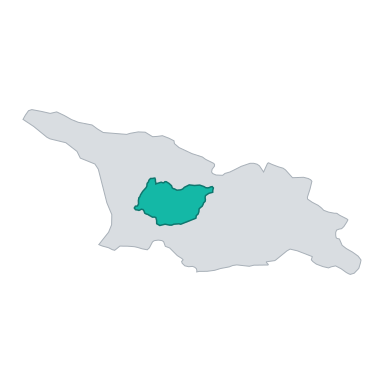 where Imereti sits in Georgia
{"feature_id": "GEO-3030", "entity_name": "Imereti", "entity_type": "Region", "adm_level": 1, "iso_a3": "GEO", "parent_name": "Georgia", "parent_adm1": "", "projection": "equal_earth", "projection_center": [42.964, 42.165], "detail": "fine", "context": "in_parent", "style": "filled", "palette": "teal", "viewbox_px": 384, "rotation_deg": 0, "n_neighbors": 0, "source": "natural_earth", "source_scale": "10m", "svg_char_len": 3281}
<svg xmlns="http://www.w3.org/2000/svg" viewBox="0 0 384 384"><path d="M196.7,271.9L196.9,270.7L196.4,268.7L194.8,267.3L192.6,266.4L188.6,266.7L184.8,265.8L182.2,263.3L181.6,261.4L183.1,259.9L182.0,258.6L177.3,255.6L169.7,248.0L165.3,246.3L163.6,241.6L161.9,240.6L158.3,240.1L154.5,240.6L153.6,241.1L152.5,241.9L149.4,247.8L147.3,249.8L142.1,248.8L137.9,247.5L134.4,246.7L127.6,246.2L119.9,246.1L114.7,250.3L112.4,249.7L108.5,247.7L102.2,246.0L98.8,244.6L108.6,232.2L111.6,224.8L111.7,220.3L111.8,214.6L106.9,202.9L102.7,186.4L98.3,169.2L94.9,164.0L80.3,158.1L77.0,151.4L65.8,142.7L50.1,138.9L47.0,137.3L33.6,126.4L23.0,119.4L25.4,115.1L28.5,110.7L31.8,109.6L41.4,111.4L50.2,113.4L56.7,111.9L64.3,115.5L71.3,119.5L78.3,122.3L92.1,125.0L97.2,128.8L103.2,132.5L126.7,134.4L128.6,133.8L130.3,133.3L138.2,131.9L145.2,132.2L152.6,136.7L157.3,136.4L162.4,135.7L168.9,138.2L174.0,140.8L174.4,143.6L178.9,147.5L191.9,153.6L202.4,157.0L205.7,159.4L213.8,163.4L214.6,164.7L214.4,166.3L212.1,169.3L211.6,172.0L212.6,173.5L216.0,175.0L222.6,175.3L225.0,173.4L229.9,172.0L234.8,169.6L241.3,166.3L250.1,163.3L253.7,163.3L257.1,164.2L259.5,165.9L263.6,172.0L267.5,163.4L268.5,162.8L272.2,164.5L278.6,166.9L283.1,168.2L285.5,169.9L292.5,177.7L303.5,177.3L308.2,178.5L310.7,179.8L311.9,181.3L310.0,189.1L307.4,197.2L307.6,199.1L312.1,202.2L318.2,205.4L321.5,208.0L323.7,210.3L328.5,212.1L334.2,213.2L336.8,213.3L339.7,215.3L347.0,219.0L347.9,219.9L346.7,222.2L343.9,226.5L341.6,228.7L339.1,229.1L336.6,230.1L335.7,232.4L335.7,235.4L336.1,237.5L336.8,238.3L339.4,239.0L342.1,245.3L346.2,248.5L352.5,252.1L358.2,256.2L361.0,260.0L360.5,262.7L358.8,268.4L354.2,273.2L350.3,274.4L348.9,273.9L346.3,272.5L341.2,268.8L335.6,265.9L331.3,266.8L328.5,267.9L322.9,266.6L316.3,264.1L312.9,261.6L311.3,259.8L312.3,256.6L297.3,250.8L290.1,249.1L286.9,250.9L276.1,259.7L274.8,260.6L266.4,261.8L266.4,262.5L268.3,264.4L268.0,265.0L253.9,265.2L249.3,266.3L236.8,264.9L232.7,265.5L229.2,266.9L220.6,268.5L214.7,270.3L207.2,271.3L199.4,271.4L196.7,271.9Z" fill="#d9dde1" stroke="#a8b0b8" stroke-width="1"/><path d="M212.2,186.6L213.4,188.0L212.8,190.1L212.7,192.3L208.9,193.3L206.5,194.9L205.5,195.6L205.3,196.4L205.1,197.6L205.4,199.7L205.1,201.4L204.8,201.7L204.5,202.0L203.7,202.7L203.0,204.6L202.1,206.3L200.5,207.5L199.1,208.9L198.9,211.7L198.1,214.0L196.3,215.6L195.9,218.2L180.8,224.2L180.0,224.1L179.1,223.8L173.9,224.2L171.8,225.1L169.5,225.1L165.1,224.2L159.8,225.5L156.7,223.7L156.6,220.3L155.8,217.5L154.3,217.0L152.7,217.2L151.6,216.7L150.7,216.1L149.3,215.4L148.0,214.5L146.2,214.0L144.7,213.1L144.1,211.2L143.1,209.6L141.3,209.2L139.8,210.1L138.9,210.4L138.0,210.1L135.5,209.7L134.3,208.0L135.4,206.2L137.4,206.0L138.5,204.0L138.4,200.5L138.9,197.7L139.9,196.7L140.5,194.9L142.7,191.4L146.2,187.5L146.9,185.9L147.0,184.0L147.4,183.0L148.2,182.3L149.0,180.1L150.5,178.5L153.1,178.4L154.0,178.1L154.9,178.1L155.4,179.6L155.4,181.3L155.8,182.5L155.8,183.9L161.2,182.2L162.5,182.7L163.8,182.8L164.9,181.7L166.2,181.7L169.0,183.4L171.5,185.7L172.2,187.8L173.4,188.7L174.5,188.9L176.9,190.2L180.5,189.9L182.6,189.1L184.4,187.3L189.2,184.9L194.5,185.5L199.7,185.1L202.9,186.2L204.0,186.6L205.8,187.7L207.8,187.9L209.2,187.6L210.6,186.9L212.2,186.6Z" fill="#14b8a6" stroke="#0f766e" stroke-width="1.5"/></svg>